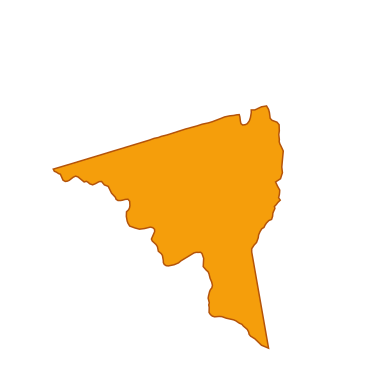 Abel Figueiredo, Pará, Brazil (Robinson projection), rotated 205°
{"feature_id": "56859067B3237118646317", "entity_name": "Abel Figueiredo", "entity_type": "district", "adm_level": 2, "iso_a3": "BRA", "parent_name": "Brazil", "parent_adm1": "Pará", "projection": "robinson", "projection_center": [-48.422, -4.963], "detail": "fine", "context": "isolated", "style": "filled", "palette": "amber", "viewbox_px": 384, "rotation_deg": 205, "n_neighbors": 0, "source": "geoboundaries", "source_scale": "gbopen_adm2", "svg_char_len": 2274}
<svg xmlns="http://www.w3.org/2000/svg" viewBox="0 0 384 384"><g transform="rotate(205 192 192)"><path d="M327.4,154.1L325.5,152.6L323.2,152.7L320.7,152.3L318.8,152.5L313.9,148.2L311.3,148.0L309.6,149.1L308.2,150.7L305.9,155.2L304.2,157.2L301.7,157.5L294.0,155.5L292.3,157.0L290.4,156.9L288.2,156.2L285.1,156.5L283.0,158.8L280.6,162.1L278.4,163.3L274.4,161.4L270.3,161.7L264.5,157.0L259.2,154.8L257.7,153.3L255.5,153.0L253.1,154.1L251.4,155.3L249.5,157.0L247.0,158.4L244.6,157.3L242.5,153.4L241.9,151.1L242.0,149.0L243.0,146.4L241.2,142.1L238.5,138.3L236.8,136.6L234.1,134.8L228.5,135.3L223.9,136.1L219.6,138.8L214.9,142.6L212.5,143.1L210.2,142.4L209.1,140.3L208.9,132.2L207.3,130.8L202.4,129.2L200.3,127.9L199.0,126.2L197.5,124.1L195.6,123.6L193.8,123.1L192.0,122.0L189.2,118.0L188.1,115.9L186.5,114.6L184.3,114.3L182.2,115.0L177.5,118.5L174.3,122.0L172.9,125.0L164.5,137.6L162.7,139.1L160.6,140.0L158.8,141.0L157.0,140.5L153.4,136.8L152.5,134.6L150.3,129.1L146.1,127.2L143.7,126.5L142.0,125.0L139.1,121.4L136.1,118.7L134.0,116.0L133.5,113.5L134.0,111.5L134.0,109.3L133.1,104.7L132.5,102.6L129.5,98.9L129.1,96.7L127.7,94.8L125.6,90.0L123.5,88.7L121.2,88.1L118.8,88.4L114.8,90.7L112.2,91.7L107.7,92.1L100.4,93.7L98.0,93.8L93.6,93.1L90.9,93.2L88.8,92.2L83.8,90.8L81.6,89.1L80.0,87.1L77.9,86.1L72.9,85.5L64.3,82.5L56.6,82.8L112.5,162.8L113.9,165.8L113.3,170.1L112.2,173.5L112.6,178.5L113.5,181.3L113.6,185.0L113.2,188.2L111.8,190.3L111.8,192.7L111.4,195.4L110.3,198.6L108.3,200.8L108.7,204.1L109.8,207.1L109.9,209.8L109.9,212.1L111.2,213.7L110.3,216.2L109.8,218.7L108.6,221.9L111.1,223.4L111.8,226.8L112.5,228.8L113.3,230.8L116.9,233.4L120.5,236.4L117.4,241.4L118.2,247.7L121.2,252.6L126.6,267.7L130.5,271.0L132.7,272.7L134.2,274.4L135.1,276.6L137.6,280.7L138.7,284.3L141.5,289.8L144.5,291.2L149.8,290.8L152.3,291.8L155.4,296.7L157.5,299.2L160.8,301.5L165.0,298.6L169.8,292.9L173.0,291.4L171.8,288.9L170.5,284.2L170.1,280.7L170.8,277.2L172.1,275.6L174.4,274.1L176.6,274.7L178.3,277.0L180.3,280.2L181.9,282.1L184.3,280.7L186.4,279.1L190.1,276.9L194.2,273.8L196.8,271.0L203.2,264.4L206.3,261.6L211.4,257.8L215.3,254.1L224.2,246.6L238.8,233.1L243.4,229.4L245.5,227.2L249.0,224.6L252.7,220.9L315.9,164.3L327.4,154.1Z" fill="#f59e0b" stroke="#b45309" stroke-width="1.5"/></g></svg>